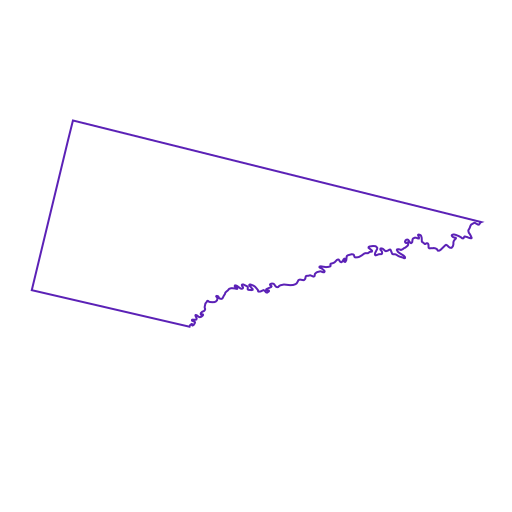 Ramón Lista, Formosa, Argentina, rotated 104°
{"feature_id": "61730980B94587935103567", "entity_name": "Ramón Lista", "entity_type": "district", "adm_level": 2, "iso_a3": "ARG", "parent_name": "Argentina", "parent_adm1": "Formosa", "projection": "robinson", "projection_center": [-62.112, -22.978], "detail": "fine", "context": "isolated", "style": "outline", "palette": "violet", "viewbox_px": 512, "rotation_deg": 104, "n_neighbors": 0, "source": "geoboundaries", "source_scale": "gbopen_adm2", "svg_char_len": 6059}
<svg xmlns="http://www.w3.org/2000/svg" viewBox="0 0 512 512"><g transform="rotate(104 256 256)"><path d="M340.7,303.4L339.8,303.4L339.2,303.3L338.0,302.4L337.6,302.1L337.6,301.5L337.9,301.3L338.7,301.1L338.8,300.8L338.6,300.5L338.1,299.9L336.5,299.3L335.5,299.1L335.0,299.2L334.9,299.4L334.6,300.1L334.3,302.2L334.1,302.5L333.7,302.6L333.4,302.6L333.2,302.4L332.4,299.0L332.0,298.5L331.8,298.5L330.8,298.5L328.6,300.3L328.1,300.4L327.9,300.3L327.8,299.7L327.9,299.0L328.8,297.0L329.0,296.1L328.8,295.4L328.2,294.4L326.9,293.4L326.0,293.1L325.6,293.3L325.5,293.7L325.6,294.1L326.1,294.6L326.3,295.0L325.9,295.5L325.2,295.7L324.5,295.6L323.1,294.7L321.9,293.1L320.9,292.6L319.8,292.5L318.5,293.3L317.6,293.5L314.3,293.6L312.5,292.7L311.7,292.6L311.2,292.1L311.2,291.6L311.6,290.9L311.8,290.2L311.7,289.1L311.4,287.3L311.0,285.9L310.7,285.0L309.8,283.9L308.4,283.1L307.5,283.1L306.6,283.0L306.3,283.1L305.9,283.6L305.4,284.1L304.9,284.8L304.5,284.8L304.3,284.6L304.2,284.1L304.3,283.0L304.7,282.5L305.7,281.7L306.1,280.6L306.0,279.3L305.8,278.9L305.3,278.4L304.9,278.2L302.3,277.6L300.6,277.0L300.1,276.9L299.1,276.9L298.8,276.8L297.5,276.0L296.5,275.2L295.7,274.7L294.9,274.4L294.3,274.0L293.2,272.2L293.0,271.2L292.6,268.6L292.6,266.9L292.5,266.5L292.4,266.3L292.1,266.3L291.8,266.6L291.5,267.3L291.4,268.0L291.0,268.8L290.3,269.4L289.7,269.3L289.5,268.9L289.5,267.9L289.7,267.0L291.2,263.3L291.3,262.5L291.2,261.8L291.0,261.5L290.7,261.1L290.2,260.9L289.7,261.0L289.2,261.3L288.5,262.2L288.1,262.5L287.5,262.7L287.2,262.6L287.0,262.4L286.8,261.8L286.7,261.4L287.6,257.1L288.0,256.6L288.6,256.3L290.1,256.1L290.6,255.5L290.6,254.4L290.3,253.3L290.3,252.5L289.9,251.5L289.6,251.1L289.0,251.2L288.2,252.5L287.3,253.5L286.6,254.9L286.2,255.4L285.6,255.5L285.2,255.2L285.0,254.7L285.1,253.3L285.3,251.8L285.5,250.9L286.0,249.5L287.3,247.6L288.6,245.9L289.8,245.3L289.9,244.7L289.3,243.0L287.3,240.5L287.5,239.4L288.8,237.5L288.9,236.9L288.8,236.3L287.4,235.1L287.0,234.9L286.5,235.1L286.5,235.5L286.7,237.0L286.7,237.6L286.5,237.9L285.9,238.0L285.3,237.5L282.4,233.8L281.7,233.6L281.3,233.9L280.7,235.3L280.2,235.5L279.7,235.2L279.0,234.2L278.7,233.0L278.8,232.2L279.0,231.6L280.5,229.9L281.1,228.8L281.1,227.8L280.7,226.9L279.5,226.3L278.5,225.2L276.9,222.0L276.0,215.6L275.7,214.7L275.1,212.9L273.8,210.9L272.8,210.0L272.3,209.8L270.2,209.2L269.5,209.1L269.1,208.9L268.7,208.4L268.4,208.0L268.2,207.3L268.0,204.2L267.8,203.7L267.5,203.4L266.8,203.0L266.1,202.7L264.1,202.8L263.7,202.7L263.3,202.5L262.9,201.8L262.6,200.6L261.6,198.8L261.8,197.1L262.0,195.9L262.1,195.4L261.9,194.9L261.6,194.6L261.1,194.3L259.5,194.5L258.9,194.4L257.3,193.3L256.6,192.4L256.2,191.6L255.6,190.5L255.2,189.5L255.3,188.7L255.5,187.8L255.5,186.8L255.2,185.9L254.9,185.8L254.4,185.7L254.0,185.9L253.7,186.3L252.3,188.9L252.0,190.0L252.0,190.8L251.7,191.5L251.4,191.8L250.9,191.7L250.4,190.9L250.3,190.3L250.1,187.9L250.0,187.3L250.0,186.3L249.8,185.2L249.0,183.0L248.1,181.5L247.8,181.3L247.6,181.3L247.0,181.4L246.2,181.8L245.5,181.7L245.2,181.3L244.6,180.1L243.8,178.9L242.8,178.0L240.3,176.6L239.7,175.8L239.5,175.4L239.5,174.9L240.1,174.1L240.8,173.5L241.1,173.1L241.4,172.2L241.4,171.7L240.9,171.2L239.7,170.6L238.1,170.2L237.6,169.9L237.2,169.6L237.1,169.1L237.1,168.9L237.5,168.6L238.2,168.6L238.7,168.8L239.6,169.2L240.0,169.2L240.2,168.8L240.2,168.1L239.8,167.8L238.2,167.4L234.4,167.9L233.8,167.7L233.0,166.9L231.8,164.8L231.1,163.5L231.0,161.9L231.3,161.3L232.6,160.5L233.2,160.0L233.3,159.5L233.2,158.8L232.6,157.0L231.9,155.7L229.8,153.5L227.6,151.7L226.8,150.6L226.2,148.1L225.5,147.4L224.6,146.8L223.7,144.7L223.1,144.6L222.7,144.8L221.9,146.3L220.9,148.7L220.3,148.9L219.9,148.8L219.3,148.1L218.0,144.9L217.6,142.7L217.8,141.7L218.7,140.4L219.4,140.2L220.3,140.2L221.3,140.5L224.1,141.1L225.2,141.1L225.9,140.9L226.3,140.5L226.4,140.0L225.4,138.4L224.6,137.3L223.8,134.7L223.2,134.3L222.7,134.3L221.4,134.8L220.5,135.7L219.9,136.7L219.4,137.0L218.9,137.0L218.6,136.9L218.3,136.2L218.3,135.0L218.5,134.3L219.9,131.7L219.9,131.2L219.7,130.7L218.9,129.4L217.6,128.1L217.4,127.7L217.3,127.3L217.5,126.9L220.9,124.4L221.1,123.9L221.1,123.3L220.7,121.7L220.7,121.0L220.8,120.1L221.4,118.5L221.8,116.8L222.0,113.1L222.3,111.8L222.2,111.3L222.0,111.0L221.5,111.0L220.9,111.3L219.9,112.8L218.5,117.3L217.6,119.3L216.3,120.6L216.1,120.8L215.8,120.8L215.4,120.6L214.9,119.2L214.9,117.8L215.1,117.0L215.0,116.7L213.9,115.3L212.4,114.1L211.8,113.2L209.4,111.4L208.4,111.1L207.7,111.2L206.6,111.5L206.0,112.0L206.2,112.4L206.8,112.9L207.1,113.4L207.0,113.9L206.7,114.5L206.0,114.9L204.7,114.7L203.9,114.1L203.5,113.3L203.4,112.8L203.6,112.1L205.9,109.4L206.0,109.0L206.0,108.6L205.7,108.3L204.7,107.8L202.2,108.1L201.4,108.0L200.8,107.6L199.8,106.3L199.6,105.6L199.6,104.5L199.8,103.0L199.7,102.5L199.6,102.2L199.1,102.2L198.7,102.3L197.4,103.1L196.7,103.7L196.2,103.8L195.9,103.5L195.8,102.7L195.9,101.8L196.2,101.0L196.8,100.5L198.4,99.6L201.8,98.6L202.2,98.2L202.5,97.2L203.5,95.2L203.4,94.6L203.1,94.3L202.6,93.9L202.3,93.4L202.2,92.6L202.4,92.1L203.3,91.4L206.0,90.6L206.3,90.4L206.6,89.7L206.4,88.8L206.1,88.2L205.7,86.4L205.5,85.8L205.3,85.6L205.2,84.2L205.3,83.2L205.6,82.1L206.7,81.0L206.8,80.8L206.5,79.6L206.1,79.1L205.4,78.4L199.9,75.0L199.2,74.3L199.3,73.5L199.8,72.4L200.5,71.3L201.0,69.9L200.9,68.9L200.7,68.2L199.3,67.5L198.5,67.3L196.9,67.3L194.8,67.8L193.5,67.7L192.2,67.2L190.9,66.4L190.4,66.3L190.1,66.5L190.0,67.0L190.1,68.9L189.8,69.8L189.2,70.7L188.8,71.0L188.4,71.0L188.1,70.8L187.7,70.3L187.2,69.2L187.2,67.1L187.4,65.9L187.6,64.2L188.0,62.6L188.4,61.3L188.9,60.4L188.9,59.6L188.6,59.0L186.8,58.5L186.6,58.3L186.5,58.0L186.6,57.1L186.5,55.9L186.8,54.3L186.9,53.0L186.8,51.7L186.7,51.4L186.5,51.2L185.9,51.3L185.1,52.1L184.5,52.4L184.2,52.8L183.4,53.4L182.5,54.4L182.0,55.1L180.2,56.1L179.4,56.1L178.1,55.7L176.8,55.4L175.3,55.3L173.9,55.0L173.2,54.6L172.6,53.9L171.6,52.9L171.1,52.3L170.9,51.6L171.8,48.3L171.7,47.4L171.1,47.0L169.1,46.3L168.6,45.6L168.8,466.4L189.4,466.4L343.4,465.3L340.7,303.4Z" fill="none" stroke="#5b21b6" stroke-width="2"/></g></svg>